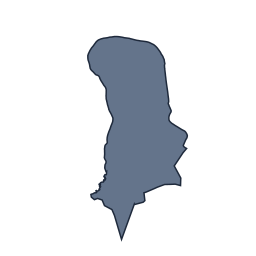 the district of La Pointe, Saint Lucia, rotated 237°
{"feature_id": "8701671B35754409069588", "entity_name": "La Pointe", "entity_type": "district", "adm_level": 2, "iso_a3": "LCA", "parent_name": "Saint Lucia", "parent_adm1": "", "projection": "natural_earth1", "projection_center": [-60.888, 13.916], "detail": "fine", "context": "isolated", "style": "filled", "palette": "slate", "viewbox_px": 256, "rotation_deg": 237, "n_neighbors": 0, "source": "geoboundaries", "source_scale": "gbopen_adm2", "svg_char_len": 4721}
<svg xmlns="http://www.w3.org/2000/svg" viewBox="0 0 256 256"><g transform="rotate(237 128 128)"><path d="M78.9,166.0L79.3,165.8L79.7,165.6L80.1,165.3L80.7,165.1L81.0,165.0L81.3,164.9L81.9,164.7L82.6,164.7L83.0,164.8L83.3,164.9L83.7,165.5L85.1,167.6L86.8,170.2L87.0,170.6L87.1,171.0L87.3,171.3L87.5,171.7L87.7,172.1L88.0,172.4L88.3,172.7L88.5,172.9L88.9,173.3L89.0,173.4L89.2,173.5L89.3,173.6L89.5,173.6L89.8,173.8L90.2,173.9L90.5,173.9L90.8,174.0L91.1,174.0L91.3,174.1L91.7,174.1L91.9,174.1L92.3,174.1L92.7,174.1L93.1,174.1L93.4,174.1L93.7,174.0L94.1,174.0L94.3,173.9L94.5,173.8L94.8,173.7L95.2,173.5L95.6,173.3L95.9,173.1L96.1,173.0L96.5,172.7L96.8,172.6L97.1,172.4L97.5,172.2L102.8,169.7L104.6,168.8L104.9,168.7L106.3,168.1L106.6,168.0L107.5,167.5L108.4,167.2L108.6,167.1L109.5,166.9L110.3,166.7L111.3,166.6L112.5,166.8L113.6,167.4L114.5,167.9L115.5,168.8L116.4,169.9L117.0,170.8L117.2,171.2L117.5,171.8L117.7,172.1L118.0,172.8L118.3,173.1L118.7,173.3L119.0,173.6L119.9,173.8L121.2,174.0L121.3,174.1L122.9,174.3L123.6,174.4L124.5,174.6L124.8,174.7L125.3,174.8L126.1,174.9L126.5,175.0L126.9,175.3L127.2,175.6L127.6,176.2L128.3,176.7L130.4,177.9L133.6,179.4L136.8,181.0L138.1,181.6L142.9,183.8L146.5,185.5L148.4,186.4L149.1,186.8L151.8,188.1L153.1,188.8L154.6,189.5L157.8,191.1L158.1,191.4L158.7,191.5L159.3,191.9L160.7,192.7L162.1,194.1L162.7,194.3L163.2,194.4L163.8,194.7L165.7,195.6L166.4,195.7L167.2,195.8L168.2,196.0L169.0,196.2L171.1,196.2L172.2,196.1L172.6,196.3L174.5,196.4L176.3,196.3L178.1,196.2L179.4,196.1L180.5,195.9L181.5,195.7L183.2,195.2L184.0,194.9L185.8,193.8L187.2,193.0L188.6,192.1L189.9,190.9L190.7,190.1L192.5,188.0L194.4,185.7L195.5,184.6L196.8,183.1L198.4,181.6L200.6,179.6L201.5,178.7L202.4,178.0L204.2,175.9L205.6,174.2L206.8,173.1L207.9,171.9L208.9,170.8L210.0,169.5L211.1,168.0L212.2,166.2L213.2,163.9L214.1,162.3L214.9,160.0L215.2,159.3L216.1,157.4L216.6,156.4L217.1,154.8L217.4,154.0L217.9,151.3L217.9,150.7L217.9,150.0L217.8,149.5L217.5,148.0L217.0,146.8L216.5,145.4L216.2,144.7L215.7,143.4L215.1,141.4L214.9,140.8L214.7,140.4L213.9,138.7L213.4,137.8L212.6,136.5L211.8,135.2L211.6,134.9L211.1,134.4L210.8,133.9L209.6,133.1L209.3,132.9L207.9,132.1L206.8,131.6L206.1,131.4L204.8,131.1L203.0,130.6L201.9,130.2L200.8,129.7L199.8,129.3L198.6,128.8L197.5,128.7L196.2,128.8L194.6,129.2L194.0,129.4L193.8,129.4L191.3,129.8L190.6,129.9L189.8,130.3L188.8,131.2L187.8,131.7L187.2,131.8L186.5,131.8L186.0,131.7L184.9,131.4L184.2,131.3L183.4,131.2L181.9,131.1L180.0,131.1L179.8,131.1L179.4,131.1L177.1,131.0L175.2,131.2L174.2,131.2L173.2,131.0L172.9,130.9L172.5,130.8L171.5,130.3L170.5,129.6L170.0,129.3L167.4,127.5L167.1,127.2L166.0,126.6L165.3,126.2L164.7,125.8L164.1,125.5L163.8,125.4L160.7,124.3L158.4,123.4L157.8,123.3L157.2,123.1L155.5,122.6L154.8,122.4L154.6,122.3L154.3,122.1L153.0,121.9L152.2,121.7L150.0,121.6L148.1,121.4L146.4,121.1L145.0,120.9L144.1,120.5L143.1,119.8L142.0,118.9L141.8,118.7L141.1,117.9L140.7,117.3L139.8,116.1L139.6,115.7L138.3,114.0L137.0,112.4L136.6,111.8L135.3,109.9L133.9,108.1L132.8,106.8L132.6,106.6L131.5,105.5L131.0,105.1L130.6,104.8L129.9,104.3L129.7,104.1L129.1,103.8L129.0,103.7L128.0,103.2L127.5,102.9L127.0,102.6L126.9,102.4L126.7,102.1L126.5,101.5L126.4,101.2L126.3,100.8L126.3,100.5L126.0,99.5L125.6,99.0L125.4,98.8L125.2,98.6L123.5,97.1L122.4,96.4L121.8,96.1L121.1,95.6L119.6,94.7L118.8,94.2L118.6,94.0L118.2,93.8L117.4,93.1L116.7,92.6L116.5,92.4L116.2,92.1L115.8,92.0L115.0,91.7L113.5,91.6L113.3,91.6L111.9,91.4L111.2,90.9L110.6,90.3L110.3,89.8L109.8,88.9L109.2,88.3L108.5,87.8L108.2,87.5L107.9,87.4L107.3,86.8L106.8,86.7L106.7,86.6L106.0,86.4L105.7,86.4L105.4,86.3L104.3,86.0L103.7,85.9L103.4,85.8L103.0,85.8L103.1,86.3L102.4,85.8L101.2,84.9L100.8,84.6L100.7,84.4L101.0,83.7L101.4,83.3L101.2,82.8L101.1,82.7L101.0,82.3L100.8,82.1L100.6,81.6L100.3,81.3L100.1,81.3L99.8,81.6L99.6,81.9L99.1,81.5L98.5,81.2L98.3,81.5L98.3,81.8L97.8,81.7L97.3,81.2L96.9,80.5L96.9,80.3L97.5,79.9L97.7,79.4L97.3,78.9L97.0,78.9L96.6,78.8L96.3,78.5L96.2,78.1L96.3,77.6L96.8,76.8L97.0,75.7L97.0,75.0L96.3,74.3L96.6,73.9L96.7,73.4L96.3,72.9L95.9,72.9L95.9,73.3L95.6,74.0L95.2,73.8L94.9,73.3L94.9,72.8L94.5,72.3L94.2,72.3L93.6,72.8L93.1,71.6L92.4,70.5L92.0,70.8L91.7,70.7L91.6,69.9L91.6,68.6L92.0,67.6L92.4,67.3L92.8,67.3L92.8,66.9L92.3,66.8L91.5,67.1L91.2,66.8L91.0,66.5L91.1,65.8L91.7,65.0L91.9,64.2L91.9,62.8L92.4,61.4L92.5,60.7L90.0,59.6L86.2,60.8L85.5,64.1L81.7,67.1L75.7,66.0L68.3,70.1L62.0,69.0L38.1,61.9L60.7,91.8L60.3,91.7L57.5,100.3L57.9,102.6L58.1,102.7L65.0,106.1L64.8,106.7L64.4,108.2L62.8,117.5L62.4,120.3L60.7,127.9L57.5,133.1L55.2,137.0L51.1,140.7L56.3,144.3L57.2,145.0L71.0,146.1L77.3,160.7L78.9,166.0Z" fill="#64748b" stroke="#1e293b" stroke-width="1.5"/></g></svg>